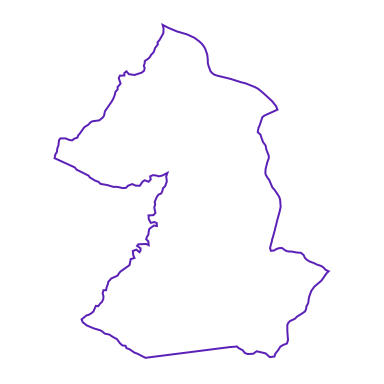 outline of Paranaiguara, Goiás, Brazil, rotated 271°
{"feature_id": "56859067B61489046930449", "entity_name": "Paranaiguara", "entity_type": "district", "adm_level": 2, "iso_a3": "BRA", "parent_name": "Brazil", "parent_adm1": "Goiás", "projection": "mercator", "projection_center": [-50.615, -18.805], "detail": "fine", "context": "isolated", "style": "outline", "palette": "violet", "viewbox_px": 384, "rotation_deg": 271, "n_neighbors": 0, "source": "geoboundaries", "source_scale": "gbopen_adm2", "svg_char_len": 3495}
<svg xmlns="http://www.w3.org/2000/svg" viewBox="0 0 384 384"><g transform="rotate(271 192 192)"><path d="M358.6,159.7L355.1,160.7L350.3,160.6L343.4,156.9L341.0,154.9L339.0,155.3L335.4,152.6L331.3,151.3L328.2,148.6L326.4,147.6L324.8,146.3L322.1,142.5L320.0,142.5L317.2,141.6L315.3,142.5L312.5,142.0L310.5,139.7L308.0,132.5L308.7,126.8L311.5,124.4L309.8,122.3L307.3,122.3L307.1,117.9L304.6,116.8L299.1,118.7L295.7,115.8L293.1,115.8L291.0,113.8L287.2,112.9L284.5,111.9L281.3,110.3L271.1,103.5L267.1,102.8L265.2,101.8L262.0,98.0L261.0,91.3L260.0,89.4L257.5,87.2L254.9,83.2L248.6,78.9L246.6,77.2L244.4,76.5L243.2,73.3L241.5,71.2L242.0,68.1L243.4,64.7L243.3,59.5L241.4,58.1L236.4,57.7L233.3,56.6L229.7,56.2L227.1,54.7L223.4,54.0L214.5,74.4L212.4,76.1L206.5,88.4L204.9,89.4L203.4,92.0L201.8,94.6L200.5,98.4L198.5,100.4L197.5,107.0L195.7,113.5L195.9,115.9L195.5,119.0L194.7,122.4L195.0,125.9L197.2,128.0L198.9,132.2L197.4,135.5L197.3,139.7L201.5,142.4L202.9,144.5L201.5,148.4L203.8,150.5L206.9,149.9L208.2,152.8L207.8,156.1L207.1,158.5L207.9,162.0L209.0,164.0L210.7,167.1L207.1,165.9L204.8,166.3L201.9,166.6L197.3,165.0L195.2,162.9L193.0,162.5L190.0,161.3L188.8,158.5L186.4,156.9L181.6,154.9L179.0,155.4L175.8,154.5L170.5,155.8L168.2,153.9L167.8,148.9L164.0,149.3L160.4,151.3L161.3,155.0L160.3,157.3L157.4,157.5L157.8,154.5L154.4,150.0L151.2,149.3L148.8,149.2L146.3,147.7L144.0,147.0L141.9,149.2L138.1,149.6L139.2,147.2L139.0,143.3L138.8,139.3L137.2,138.0L134.8,141.5L132.6,141.6L130.9,140.5L133.4,137.4L132.0,133.9L128.1,134.3L125.0,135.6L123.8,131.9L120.5,131.3L117.8,130.8L114.9,126.9L111.2,121.8L109.0,120.1L107.2,119.2L105.9,116.6L104.2,112.9L100.8,109.9L98.6,109.5L95.2,108.3L92.3,107.8L92.3,105.2L89.2,104.4L86.2,105.3L83.2,105.1L80.4,103.8L79.1,102.3L76.2,100.2L76.5,97.9L73.9,96.8L70.8,95.5L69.0,93.5L67.3,90.7L66.8,88.7L62.7,83.8L59.9,85.0L56.7,89.2L53.8,96.5L52.2,102.5L51.1,104.6L48.9,107.2L48.0,111.9L45.9,115.1L43.6,119.5L39.8,122.4L37.5,124.8L37.0,128.3L34.7,129.2L33.7,132.3L30.5,137.1L29.4,140.2L27.3,144.4L25.4,148.3L37.5,231.8L38.3,239.7L36.7,241.4L34.6,245.6L32.0,247.6L31.0,250.4L31.3,255.9L33.9,259.5L31.9,268.5L29.9,270.7L28.3,272.6L28.9,277.3L31.8,278.1L35.5,281.0L38.9,283.0L40.6,285.7L42.2,289.6L45.8,290.6L53.6,289.8L60.7,289.6L62.9,290.6L64.7,292.2L66.9,296.9L69.3,299.3L73.0,305.0L74.7,307.2L77.0,308.1L79.6,308.4L82.8,310.1L88.7,310.8L95.2,313.0L99.4,315.9L105.7,323.0L113.4,328.2L115.1,330.0L116.6,326.8L118.8,324.8L120.2,322.6L120.9,320.6L121.6,318.2L123.1,315.1L124.3,311.5L126.0,308.3L128.0,306.1L130.9,304.7L133.1,302.0L133.3,298.0L133.7,295.4L134.2,292.8L134.2,290.1L134.6,287.5L135.9,285.3L137.6,282.9L137.4,280.0L136.4,277.3L134.9,275.0L134.6,271.9L137.3,271.0L141.6,272.0L143.6,272.6L145.8,272.9L148.6,273.8L150.8,274.3L153.8,275.1L156.8,275.8L159.2,276.3L161.8,277.0L163.7,277.3L172.1,279.5L175.6,280.3L178.9,280.9L182.9,280.5L186.0,280.2L188.3,279.4L190.2,278.3L195.9,274.3L197.9,272.3L205.6,268.9L207.5,267.3L210.8,265.3L212.9,265.0L216.3,265.2L223.2,266.8L227.2,268.2L229.3,268.2L235.7,265.6L239.7,264.8L243.2,262.1L250.8,259.3L252.9,256.7L257.5,257.4L259.5,258.4L268.0,261.0L269.7,263.1L275.8,276.0L279.2,274.6L284.2,270.5L291.7,262.1L296.2,256.5L297.8,253.5L301.5,243.9L302.7,238.8L305.9,228.0L308.8,215.1L309.8,212.1L311.5,209.8L313.1,208.4L318.2,206.4L321.5,205.5L324.6,205.5L329.8,204.8L335.4,202.7L337.9,201.2L340.6,199.0L342.6,196.8L346.3,191.6L349.5,184.3L352.4,173.8L355.7,165.6L358.6,159.7Z" fill="none" stroke="#5b21b6" stroke-width="2"/></g></svg>